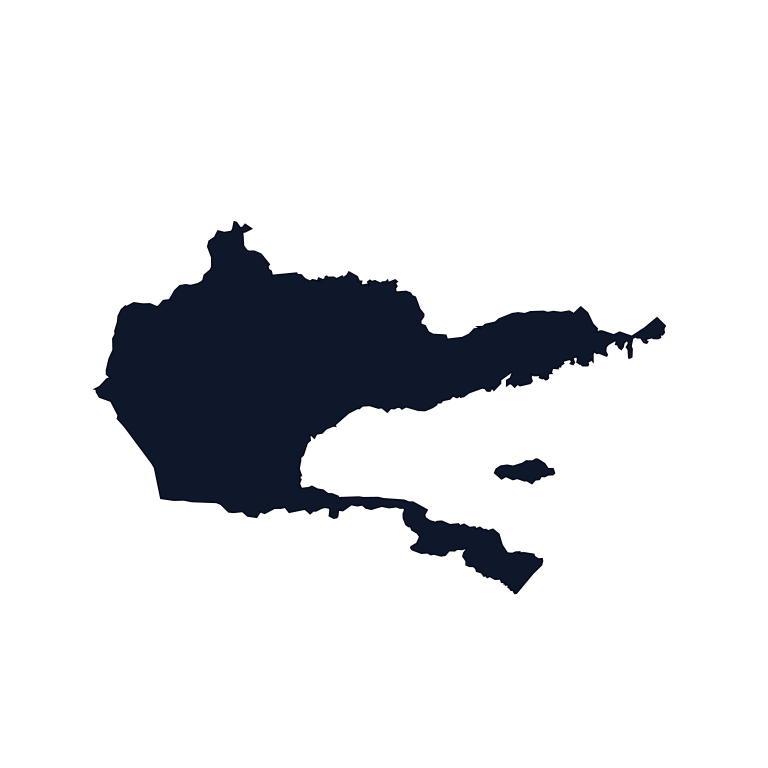 Tanggamus, Lampung, Indonesia (orthographic projection), rotated 314°
{"feature_id": "22746128B69666188283297", "entity_name": "Tanggamus", "entity_type": "district", "adm_level": 2, "iso_a3": "IDN", "parent_name": "Indonesia", "parent_adm1": "Lampung", "projection": "orthographic", "projection_center": [104.708, -5.522], "detail": "fine", "context": "isolated", "style": "filled", "palette": "ink", "viewbox_px": 768, "rotation_deg": 314, "n_neighbors": 0, "source": "geoboundaries", "source_scale": "gbopen_adm2", "svg_char_len": 6172}
<svg xmlns="http://www.w3.org/2000/svg" viewBox="0 0 768 768"><g transform="rotate(314 384 384)"><path d="M146.7,302.9L154.3,313.4L161.5,320.5L165.8,327.2L182.4,345.7L184.2,350.2L184.1,361.1L187.2,365.0L194.0,370.7L194.3,377.6L199.6,384.9L206.2,383.8L208.0,388.0L218.6,391.5L223.0,396.1L226.7,398.5L225.8,404.9L238.0,413.3L239.1,414.5L239.4,421.0L243.6,421.2L245.3,423.2L251.3,425.3L254.1,427.0L256.7,430.6L256.2,432.5L251.1,436.3L252.6,441.1L255.1,442.8L256.7,442.5L261.6,438.8L264.4,442.4L274.5,444.2L277.9,449.5L282.0,452.3L282.2,457.1L285.0,461.8L294.5,467.2L298.6,473.6L304.3,478.1L305.8,481.6L308.3,484.1L308.3,486.2L304.0,488.0L300.8,491.4L298.1,497.4L298.5,500.7L299.9,502.1L298.4,505.5L299.8,511.5L299.0,515.9L292.0,518.3L285.9,516.5L284.8,517.0L284.3,519.3L288.2,528.4L292.8,532.6L293.8,536.3L296.3,537.9L300.0,544.5L303.4,547.0L309.3,546.6L313.2,550.8L316.0,551.4L319.1,555.0L322.8,557.1L322.1,558.2L317.7,558.8L314.8,560.5L313.7,566.1L310.9,568.7L312.1,572.0L315.0,575.2L314.9,578.4L313.6,580.8L316.0,585.0L315.2,589.4L317.5,590.1L316.4,591.5L316.8,593.0L319.0,593.4L320.7,599.5L324.7,603.2L323.0,606.3L324.6,608.2L323.8,609.3L325.5,609.5L323.8,611.1L326.1,612.8L323.9,614.7L324.5,616.1L323.8,618.4L325.7,620.8L324.7,621.4L324.2,623.7L325.6,624.6L351.0,622.7L363.3,623.0L366.8,621.0L368.2,619.1L365.2,616.5L364.5,612.2L365.5,610.0L360.1,602.3L357.2,599.4L356.5,599.6L355.9,598.1L357.2,598.0L354.7,595.6L351.3,594.1L348.1,590.2L350.1,580.9L355.8,570.9L355.2,563.3L350.6,560.9L350.1,558.3L348.3,556.9L347.5,552.5L343.5,550.8L344.3,548.7L340.3,545.4L338.7,539.0L334.8,537.3L335.1,534.8L328.6,529.2L325.4,520.8L321.8,517.6L320.4,517.5L317.4,512.0L316.5,506.6L318.1,504.0L323.4,502.6L319.2,487.0L316.4,484.1L314.3,479.1L301.2,463.5L298.3,458.7L287.9,448.2L285.3,444.5L270.8,430.5L271.3,428.9L268.9,423.0L266.1,419.9L265.4,413.9L262.0,409.0L260.3,403.1L257.4,402.1L251.4,397.2L253.5,392.4L257.4,390.6L256.7,390.2L259.7,387.2L260.7,388.2L263.9,381.9L271.6,376.7L272.7,375.1L276.8,375.3L288.3,369.8L292.2,370.1L295.4,366.2L296.8,367.8L296.7,371.5L301.2,370.2L305.7,373.5L311.5,373.5L318.7,376.7L319.9,378.4L320.3,377.1L338.6,378.6L348.1,381.9L349.1,383.3L353.3,383.7L358.6,388.6L362.9,396.9L365.5,398.8L366.1,405.9L371.3,405.8L373.3,408.5L376.6,409.7L378.4,411.5L378.5,414.3L382.9,415.6L389.1,427.2L393.4,432.0L400.8,435.2L405.6,436.3L407.4,435.3L410.0,437.9L412.7,437.6L419.1,441.9L423.4,441.8L424.9,446.0L427.9,446.8L428.7,447.7L427.8,448.3L430.5,450.1L436.6,451.1L449.3,457.3L451.1,459.7L450.5,462.8L451.4,464.1L452.9,465.3L456.4,463.9L455.8,467.4L465.4,467.4L467.8,465.0L481.2,467.4L481.2,468.6L476.1,470.8L471.9,469.8L468.0,473.4L471.6,474.1L472.6,475.4L472.5,480.1L476.8,480.1L477.2,483.0L486.0,488.7L488.9,488.6L491.0,484.9L493.0,484.2L493.2,483.2L493.8,483.6L494.1,485.8L496.9,488.7L498.0,488.6L497.9,490.7L496.6,491.4L497.9,494.3L499.2,494.6L499.4,497.4L500.6,498.1L502.8,498.0L503.8,496.3L506.3,495.3L508.2,497.3L508.3,496.4L512.4,494.2L516.1,498.6L517.9,497.4L519.0,499.1L520.5,498.2L523.6,498.9L523.9,497.7L525.6,497.3L530.9,500.5L530.9,503.4L528.2,503.9L529.3,506.4L531.7,506.0L533.8,501.7L537.6,503.5L536.6,505.9L533.7,507.7L534.4,511.0L535.2,511.1L535.0,514.0L538.7,517.9L540.2,517.3L541.6,514.9L543.4,516.2L545.5,515.8L545.3,518.8L551.0,513.1L553.4,512.8L553.8,515.8L555.7,517.2L558.7,524.7L560.1,524.4L561.5,520.6L565.0,518.0L568.4,517.9L576.2,520.1L575.7,521.9L573.4,523.1L574.5,524.7L573.3,528.0L573.7,528.6L574.8,527.6L573.5,529.2L573.7,530.7L576.9,530.2L580.0,528.2L583.0,528.2L584.6,529.5L582.9,531.8L578.9,532.8L578.4,535.9L572.8,541.9L573.2,542.6L575.5,543.5L581.5,538.2L582.7,535.5L589.5,531.1L592.9,532.3L593.1,534.2L595.6,536.4L594.4,542.0L595.8,544.6L597.7,544.2L596.9,542.0L598.8,541.7L603.9,544.8L603.8,546.1L607.1,549.7L609.0,550.4L609.9,550.4L610.7,548.0L612.8,550.2L615.7,549.9L617.8,547.0L621.2,545.9L621.3,534.4L605.9,532.7L590.4,529.2L585.0,517.5L578.9,515.2L573.6,504.1L572.0,502.4L570.2,502.5L570.2,500.0L572.0,498.9L572.2,492.7L576.6,480.9L576.1,472.0L566.4,471.7L565.2,466.7L558.4,461.7L553.8,455.5L549.0,452.1L547.4,448.6L537.7,439.2L532.4,436.5L528.3,431.0L523.8,427.5L510.5,421.5L505.8,421.2L497.2,415.5L494.1,415.3L490.1,411.5L490.6,414.3L486.3,410.7L479.1,410.8L471.8,408.1L460.0,398.4L462.1,394.6L453.7,384.8L452.3,379.6L454.5,373.1L452.6,369.0L454.8,366.5L459.9,365.7L461.9,364.0L462.7,357.7L468.3,346.2L466.9,342.8L467.8,340.0L466.0,335.6L458.5,329.0L460.4,325.9L463.4,325.3L464.3,321.9L466.8,322.4L466.6,319.7L460.6,317.0L460.2,315.9L461.1,314.4L458.7,314.4L456.2,312.0L454.1,311.8L452.0,305.7L449.4,304.4L448.8,301.8L446.1,301.4L444.9,304.4L443.7,304.6L443.9,302.6L439.8,299.6L439.9,298.0L442.4,296.6L440.7,294.7L442.7,290.2L440.2,280.9L436.7,281.8L433.2,281.3L432.3,280.8L432.6,279.0L426.7,276.8L425.9,273.6L421.9,269.8L421.7,267.9L420.4,267.4L418.5,268.6L416.4,267.4L414.8,263.4L412.8,264.3L412.8,266.0L409.4,260.1L406.7,259.5L406.2,258.4L404.7,254.0L405.0,248.7L402.5,245.6L403.1,244.1L384.4,228.1L386.8,224.5L386.2,221.1L388.1,218.6L390.4,218.4L392.0,205.4L389.4,198.4L385.5,194.5L384.8,192.3L385.8,187.0L395.0,176.9L396.9,178.4L403.7,180.8L402.4,173.2L398.4,173.5L396.5,172.2L397.7,165.7L396.6,163.6L390.2,167.7L387.7,168.2L382.0,163.9L378.7,158.2L371.9,160.3L365.3,158.9L360.4,161.7L355.5,172.1L348.8,178.6L345.5,179.9L337.4,179.1L333.4,181.5L331.1,181.8L326.9,180.5L320.6,176.6L317.5,172.3L312.9,168.9L305.9,168.6L295.5,171.2L290.7,167.3L283.0,167.8L281.6,166.6L279.1,160.0L273.8,154.8L268.5,147.5L260.7,145.1L260.5,143.8L255.1,143.4L248.1,145.7L243.4,149.4L235.0,153.7L233.3,156.0L228.3,157.4L220.2,165.6L211.1,168.8L201.1,174.8L198.2,177.7L198.6,182.8L195.1,181.1L184.6,181.3L179.4,179.5L180.2,180.9L178.5,182.7L176.9,188.4L181.9,199.5L176.8,214.6L173.9,216.2L173.1,227.4L165.6,272.8L164.3,277.2L146.7,302.9ZM427.4,539.7L423.6,539.0L414.6,534.1L411.1,529.0L406.0,525.0L400.8,523.8L396.9,525.3L397.4,534.5L402.2,535.8L404.8,543.1L408.7,545.4L411.9,552.2L413.8,554.0L415.1,559.6L420.2,559.4L423.2,562.0L426.9,561.2L429.0,563.9L432.7,565.2L436.1,568.5L438.4,568.6L440.5,564.4L437.0,560.9L438.3,554.9L436.6,546.7L435.3,545.3L431.8,544.5L427.4,539.7Z" fill="#0f172a" stroke="#020617" stroke-width="1.5"/></g></svg>